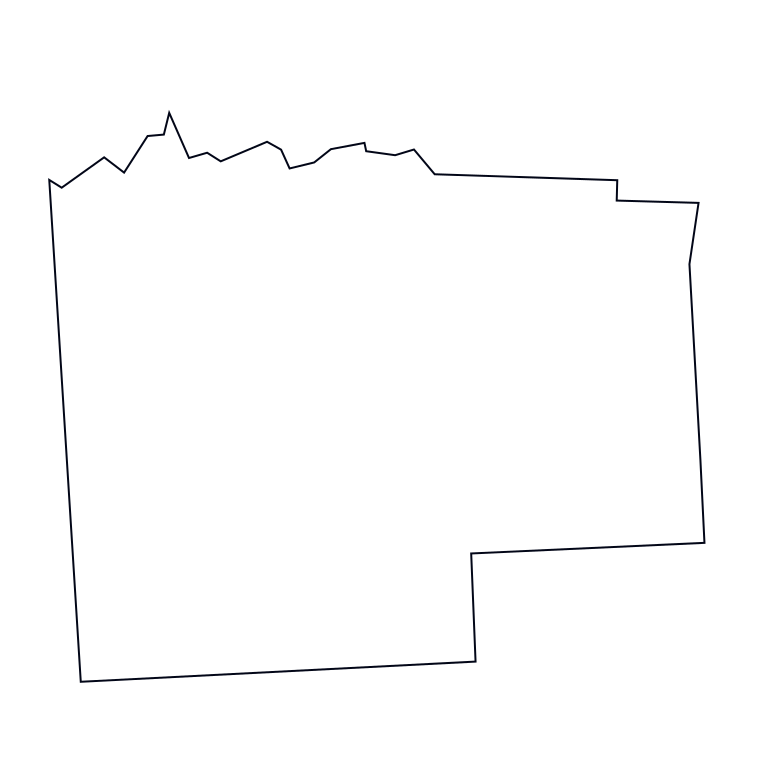 the district of Real, Texas, United States of America, rotated 87°
{"feature_id": "52423323B52683952870677", "entity_name": "Real", "entity_type": "district", "adm_level": 2, "iso_a3": "USA", "parent_name": "United States of America", "parent_adm1": "Texas", "projection": "mercator", "projection_center": [-99.949, 29.853], "detail": "fine", "context": "isolated", "style": "outline", "palette": "ink", "viewbox_px": 768, "rotation_deg": 87, "n_neighbors": 0, "source": "geoboundaries", "source_scale": "gbopen_adm2", "svg_char_len": 520}
<svg xmlns="http://www.w3.org/2000/svg" viewBox="0 0 768 768"><g transform="rotate(87 384 384)"><path d="M476.5,72.0L280.3,72.7L219.6,60.4L213.0,142.0L192.7,140.4L177.2,322.4L151.4,341.8L156.1,360.9L150.6,389.6L142.2,390.9L146.7,424.7L159.1,442.1L163.8,467.0L144.6,474.5L136.0,488.1L153.1,535.4L143.8,548.5L148.1,566.9L102.0,584.3L123.4,590.8L124.0,607.1L159.3,632.5L143.0,651.6L171.1,695.6L162.7,707.6L665.5,702.4L666.0,307.1L557.8,305.8L559.4,72.3L476.5,72.0Z" fill="none" stroke="#020617" stroke-width="2"/></g></svg>